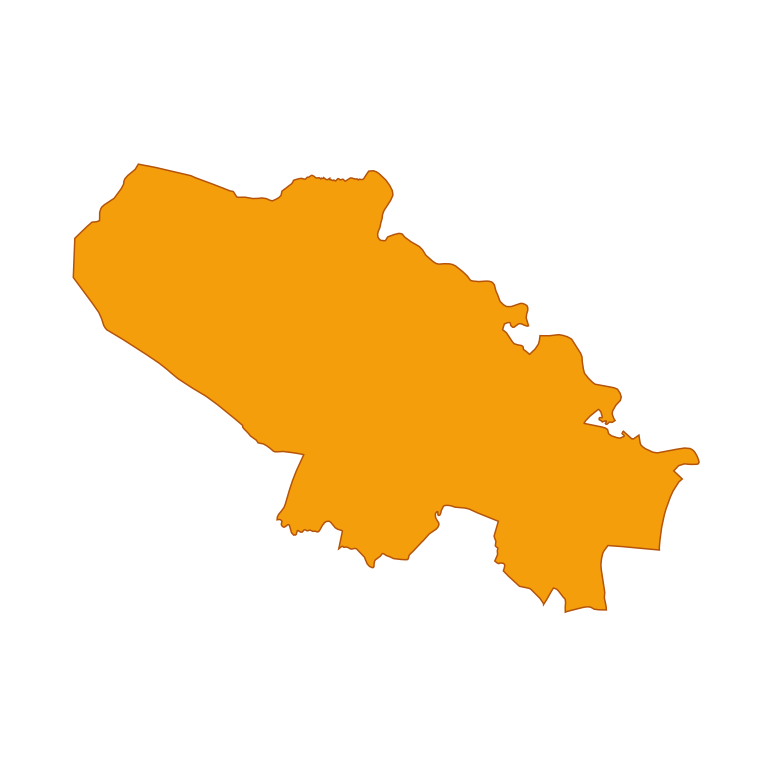 Ninh Phuoc, Ninh Thuận, Vietnam, rotated 5°
{"feature_id": "81297802B18401806223645", "entity_name": "Ninh Phuoc", "entity_type": "district", "adm_level": 2, "iso_a3": "VNM", "parent_name": "Vietnam", "parent_adm1": "Ninh Thuận", "projection": "orthographic", "projection_center": [108.902, 11.561], "detail": "fine", "context": "isolated", "style": "filled", "palette": "amber", "viewbox_px": 768, "rotation_deg": 5, "n_neighbors": 0, "source": "geoboundaries", "source_scale": "gbopen_adm2", "svg_char_len": 6142}
<svg xmlns="http://www.w3.org/2000/svg" viewBox="0 0 768 768"><g transform="rotate(5 384 384)"><path d="M489.3,285.0L487.4,281.6L485.3,275.6L483.6,273.8L482.4,273.0L479.8,272.5L477.4,272.5L469.6,273.7L463.9,273.7L461.7,273.4L460.6,272.7L457.8,269.4L453.0,265.5L445.2,260.3L442.0,259.0L438.7,258.6L433.7,258.9L428.3,259.8L425.4,259.4L422.1,257.7L414.5,252.1L410.7,247.0L407.2,244.0L398.6,240.0L391.9,235.9L389.0,233.0L387.3,232.7L385.6,232.7L381.4,234.1L376.2,236.5L374.8,237.2L373.4,240.2L372.5,241.2L368.3,241.2L366.8,240.3L365.2,238.3L364.6,235.4L364.9,232.8L366.3,228.4L366.8,223.8L367.7,219.1L367.8,215.2L368.9,211.2L374.6,200.5L376.4,195.2L376.0,192.8L375.3,190.4L372.5,185.9L368.2,180.8L361.1,175.1L358.0,173.3L354.7,172.5L350.2,173.3L347.7,177.7L346.1,180.9L345.1,182.0L343.7,182.3L341.5,182.1L341.0,182.9L340.2,182.8L339.3,182.0L337.3,182.3L333.9,181.6L332.5,181.7L327.9,185.3L327.4,185.2L325.5,183.7L324.8,183.6L323.6,184.2L322.6,184.4L321.1,183.5L320.4,183.4L319.8,183.8L318.6,185.5L317.7,186.0L316.5,185.2L315.9,185.3L315.4,185.8L313.4,185.1L312.4,185.3L312.1,185.0L312.3,184.5L312.1,183.7L310.0,185.4L308.5,185.3L305.9,183.7L305.8,184.4L304.8,184.6L304.0,184.3L303.1,185.2L301.9,184.3L301.2,184.2L298.8,184.7L298.1,184.5L295.8,183.0L294.1,182.4L293.4,182.6L291.0,184.6L289.9,184.6L289.3,184.9L288.0,186.7L286.0,186.8L284.2,186.3L281.6,186.8L277.1,188.5L276.0,189.2L275.6,190.8L274.5,192.6L265.5,200.8L265.0,205.1L263.2,207.3L260.3,209.4L256.8,211.3L254.4,210.9L250.7,209.6L246.2,209.3L242.8,210.0L237.1,210.7L229.3,210.0L222.8,210.7L221.0,210.5L217.5,205.9L216.7,205.3L214.0,205.1L196.6,200.0L178.3,195.0L173.4,193.3L137.7,188.2L120.1,186.4L117.4,191.9L110.6,198.6L108.1,202.0L107.2,204.7L107.2,207.2L106.9,208.3L105.1,212.5L99.0,222.5L89.8,229.8L87.4,232.4L86.7,233.9L85.8,237.7L86.4,246.0L83.5,247.4L79.0,248.2L74.5,252.9L63.3,265.8L65.2,305.0L86.3,328.8L93.6,337.5L96.9,343.4L99.7,350.1L101.6,352.7L103.2,354.2L119.9,362.3L145.0,375.5L157.9,382.7L166.5,388.3L171.0,391.6L178.4,396.7L193.2,404.6L207.8,411.7L220.1,419.2L237.8,431.2L246.7,437.5L247.1,439.5L248.8,441.2L252.9,444.7L255.6,447.5L261.7,451.1L263.7,453.6L269.1,454.2L272.4,455.7L275.9,457.8L279.6,460.5L281.0,461.0L284.0,460.8L289.4,460.0L299.5,460.4L307.6,461.0L310.2,461.5L304.3,478.0L301.3,488.2L299.1,497.5L296.1,512.5L295.2,515.5L292.9,519.4L290.5,522.9L289.4,525.5L289.3,528.6L291.3,528.1L292.7,528.2L293.9,529.1L294.3,529.9L293.9,532.6L294.2,533.5L295.3,534.8L296.9,535.4L298.4,534.5L300.3,532.6L301.4,532.5L302.1,533.1L304.8,540.2L307.2,542.4L307.7,542.2L309.1,542.1L309.7,541.3L310.4,537.8L310.9,537.4L313.8,538.8L315.3,538.7L317.3,536.2L318.3,536.1L320.1,537.0L321.3,536.7L321.8,536.3L323.1,536.0L326.0,537.0L328.4,536.6L330.1,537.2L331.8,536.7L332.9,534.8L335.2,529.7L336.2,528.6L336.6,527.4L338.7,525.9L341.4,525.5L343.1,526.5L348.0,531.5L350.5,532.7L355.0,533.7L355.4,534.1L353.3,552.1L355.9,549.6L356.6,549.4L357.3,549.4L357.8,550.1L358.5,550.2L360.2,549.7L361.1,549.8L362.4,550.0L364.6,551.1L366.1,551.3L369.3,550.3L371.0,550.6L379.6,558.2L381.3,561.6L383.0,564.7L385.5,567.0L388.4,568.0L389.4,567.7L389.9,566.9L389.8,564.0L390.1,561.3L390.7,560.0L395.3,555.9L397.1,553.1L397.7,553.0L398.8,553.3L401.1,554.6L405.4,555.8L408.8,557.1L415.8,557.3L420.4,557.2L422.6,556.9L423.3,556.2L424.0,552.5L424.4,551.7L427.8,547.8L435.0,538.6L436.6,536.8L442.2,529.3L448.8,523.9L450.3,521.7L451.0,519.2L450.6,517.6L448.1,514.3L447.0,512.4L446.5,509.3L446.7,508.2L447.9,506.6L448.3,506.5L448.7,506.6L448.9,507.1L449.0,509.2L449.4,509.9L450.0,510.2L451.1,509.6L451.8,507.8L452.0,505.4L453.5,501.5L454.3,500.1L456.8,499.4L458.9,499.3L461.9,499.6L465.5,500.5L475.5,500.5L479.6,501.1L488.7,504.3L509.9,510.8L506.9,525.9L507.8,528.2L509.2,530.9L509.0,535.4L509.3,535.9L511.8,537.6L511.4,540.1L512.0,544.1L509.8,550.7L512.3,552.4L513.7,552.9L514.5,552.7L515.5,552.1L518.5,552.3L519.8,553.2L520.1,554.1L519.9,556.5L519.2,559.8L525.0,564.8L536.6,573.7L546.3,574.9L548.0,575.5L558.1,584.0L560.9,587.4L562.1,589.0L562.2,589.7L565.0,584.3L568.8,575.9L570.6,572.5L571.0,572.5L574.0,573.4L576.1,575.2L581.5,581.1L582.6,581.9L583.3,582.8L583.9,585.6L584.0,590.9L584.5,595.5L586.3,594.6L598.6,590.3L602.5,589.0L605.7,588.3L608.5,588.2L609.8,588.5L613.0,590.0L617.2,590.2L625.2,589.7L624.8,586.9L623.9,583.6L622.4,578.8L622.1,577.2L622.1,572.4L616.6,549.9L615.8,545.0L615.9,539.7L616.1,537.5L616.7,533.5L617.7,531.0L621.2,525.4L636.1,525.2L672.8,525.4L672.5,522.8L672.5,515.5L673.1,502.5L674.7,489.7L675.8,484.1L679.1,471.6L681.2,465.6L686.1,456.1L689.4,452.6L680.2,445.3L684.6,439.7L690.1,437.4L695.9,437.4L702.2,436.8L703.9,436.2L704.7,434.6L704.1,432.5L702.3,428.8L699.7,425.0L697.6,423.0L694.6,421.6L689.0,421.6L681.2,423.5L662.3,428.8L657.8,428.5L650.1,425.7L647.3,424.1L645.3,422.4L644.3,420.4L642.4,412.7L637.4,416.9L635.6,417.0L626.6,410.2L625.9,411.1L625.5,412.7L627.4,414.1L627.8,415.0L627.1,415.6L623.8,417.4L620.6,417.1L615.1,415.8L612.1,413.9L610.6,409.8L608.1,408.5L604.4,407.8L586.9,405.8L586.8,405.3L588.4,402.6L592.3,397.7L599.7,390.6L600.3,390.8L602.4,392.7L604.4,397.9L604.0,398.6L602.0,398.6L601.4,399.1L601.4,400.6L601.6,400.9L603.8,401.8L604.8,402.8L606.2,402.0L607.3,401.7L608.7,401.6L608.8,402.1L608.0,404.1L608.8,404.8L609.4,404.7L609.8,404.5L611.8,402.4L612.2,402.2L614.2,402.4L615.0,402.1L617.4,400.2L616.0,398.5L613.9,393.9L614.1,390.9L616.8,385.0L620.9,379.7L621.5,376.3L620.0,372.6L617.0,368.8L613.5,367.7L594.3,365.8L591.6,364.2L587.1,360.4L582.8,355.9L581.4,352.0L579.6,344.6L578.9,339.8L577.2,336.3L567.1,323.1L564.8,321.9L562.3,320.9L558.2,320.0L553.9,319.6L544.7,321.5L535.2,322.3L535.0,327.1L534.4,330.7L531.5,336.0L526.4,341.8L522.8,339.1L520.0,337.5L519.4,335.0L518.8,334.3L517.6,333.7L513.6,333.3L510.1,332.5L508.1,330.6L501.5,322.3L497.4,319.5L498.7,313.7L501.6,312.2L503.2,311.8L504.0,311.9L504.6,312.6L505.2,314.7L507.1,316.2L508.6,316.1L512.6,312.5L514.2,312.0L516.0,312.2L518.6,313.2L521.6,313.9L522.9,313.4L519.9,305.8L520.0,301.9L520.8,298.2L520.6,295.6L519.6,293.5L517.3,292.3L515.0,291.7L513.0,291.8L504.2,295.7L501.2,296.1L498.8,296.0L496.1,294.6L492.5,291.7L489.3,285.0Z" fill="#f59e0b" stroke="#b45309" stroke-width="1.5"/></g></svg>